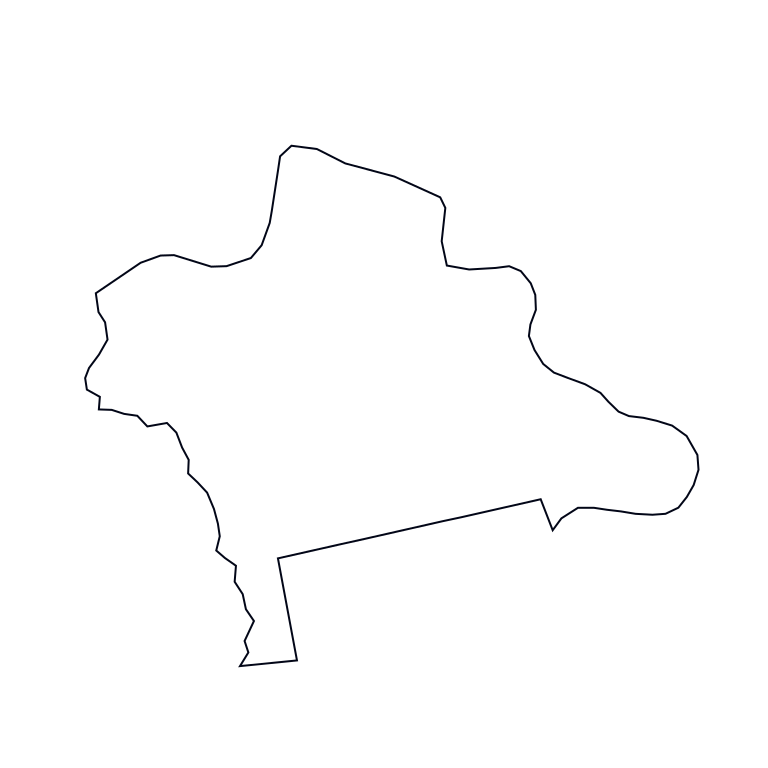 the district of Nova Pádua, Rio Grande do Sul, Brazil, rotated 78°
{"feature_id": "56859067B79923254105734", "entity_name": "Nova Pádua", "entity_type": "district", "adm_level": 2, "iso_a3": "BRA", "parent_name": "Brazil", "parent_adm1": "Rio Grande do Sul", "projection": "albers", "projection_center": [-51.311, -28.996], "detail": "fine", "context": "isolated", "style": "outline", "palette": "ink", "viewbox_px": 768, "rotation_deg": 78, "n_neighbors": 0, "source": "geoboundaries", "source_scale": "gbopen_adm2", "svg_char_len": 1326}
<svg xmlns="http://www.w3.org/2000/svg" viewBox="0 0 768 768"><g transform="rotate(78 384 384)"><path d="M293.7,250.6L289.7,276.9L281.2,297.9L256.4,297.9L224.5,287.4L213.1,290.2L183.2,330.8L160.2,376.0L140.2,400.8L131.7,425.0L139.7,438.3L153.4,443.4L191.7,457.9L202.7,462.3L222.8,474.8L233.1,488.0L236.0,513.5L233.3,528.6L214.3,562.6L211.9,575.8L214.8,596.8L235.3,647.0L254.3,648.3L265.7,644.0L283.1,645.2L296.0,656.7L307.0,669.2L316.1,675.1L327.7,675.8L337.5,664.6L349.6,668.2L352.7,655.7L359.2,644.4L363.8,631.9L376.3,624.3L377.0,604.4L388.4,597.2L404.2,594.7L417.6,590.8L430.8,594.2L441.5,586.8L453.5,579.6L470.9,576.3L486.1,575.5L498.8,576.3L512.0,582.7L521.1,575.8L531.0,566.6L546.4,571.2L560.2,565.9L575.6,565.9L588.8,560.5L606.4,573.8L618.4,572.5L630.0,583.5L636.3,526.6L532.5,524.0L531.7,459.2L531.5,434.9L530.4,355.0L530.4,335.9L529.3,254.7L562.1,249.4L552.3,238.4L545.4,220.0L548.7,204.5L553.4,192.0L557.9,178.7L563.3,164.9L567.7,148.6L569.5,135.6L566.2,121.8L557.5,111.3L547.2,102.1L533.3,94.2L518.6,92.2L497.8,98.8L484.6,110.8L476.6,125.1L471.0,137.3L466.3,151.1L459.8,160.3L448.0,168.2L437.7,174.1L426.1,187.3L416.3,202.9L408.2,215.4L397.5,224.1L382.1,229.7L367.2,232.3L356.2,228.4L343.0,220.0L328.3,217.5L316.0,219.5L302.0,226.7L294.8,237.1L293.7,250.6Z" fill="none" stroke="#020617" stroke-width="2"/></g></svg>